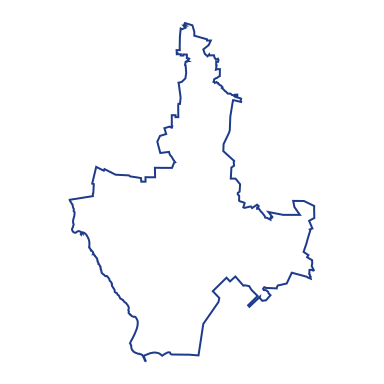 the district of Pitiquito, Sonora, Mexico
{"feature_id": "50627088B68364674252683", "entity_name": "Pitiquito", "entity_type": "district", "adm_level": 2, "iso_a3": "MEX", "parent_name": "Mexico", "parent_adm1": "Sonora", "projection": "robinson", "projection_center": [-112.292, 30.097], "detail": "fine", "context": "isolated", "style": "outline", "palette": "blue", "viewbox_px": 384, "rotation_deg": 0, "n_neighbors": 0, "source": "geoboundaries", "source_scale": "gbopen_adm2", "svg_char_len": 5902}
<svg xmlns="http://www.w3.org/2000/svg" viewBox="0 0 384 384"><path d="M69.7,199.8L69.8,200.4L70.4,201.5L71.4,202.8L71.7,203.8L72.3,204.2L72.6,204.9L72.8,206.5L73.0,206.8L73.1,207.6L73.8,209.0L73.7,211.3L74.5,212.0L74.6,212.3L74.4,215.6L73.3,219.5L73.0,221.2L73.2,222.2L73.1,222.8L73.7,224.3L72.9,227.1L72.1,228.8L72.1,230.2L73.0,231.6L73.6,232.3L74.6,232.6L75.4,232.8L75.9,232.6L77.3,231.5L78.1,231.2L79.2,231.2L80.9,231.9L81.3,232.1L81.3,232.4L81.5,232.1L81.4,232.4L81.6,232.4L81.9,232.8L80.8,234.2L80.9,234.3L80.9,234.2L81.9,232.8L82.2,233.1L82.1,232.7L82.5,232.9L82.4,232.5L82.6,232.4L83.4,232.5L84.6,233.1L85.9,234.3L86.6,235.2L88.3,238.2L89.2,241.0L89.3,241.8L89.4,244.2L89.3,246.3L89.1,247.1L89.5,247.4L89.4,247.7L89.7,248.4L90.6,249.3L90.8,250.3L91.3,250.3L91.4,250.9L92.2,251.2L93.1,252.3L93.1,253.5L93.3,253.7L93.2,253.9L93.5,253.8L93.8,254.1L94.1,255.0L94.7,255.4L94.9,255.9L95.1,255.9L95.7,257.0L96.0,257.1L97.2,258.8L97.2,259.8L97.6,260.4L97.5,261.5L98.3,262.3L98.3,263.9L99.0,264.2L99.0,264.5L99.6,265.1L99.8,265.7L100.0,266.0L100.1,266.6L100.5,266.7L100.6,267.1L100.6,268.8L100.8,268.9L100.9,269.9L101.2,270.2L101.3,270.4L101.3,271.0L101.7,272.9L102.9,273.9L103.1,274.3L103.7,274.5L105.3,276.1L105.7,276.2L106.8,276.0L107.5,276.6L107.7,277.1L108.2,277.5L108.7,278.3L109.2,278.8L109.5,280.2L109.8,280.8L110.2,281.3L110.5,281.4L110.8,281.9L111.2,282.2L111.5,282.6L111.6,283.4L111.9,283.8L111.8,284.1L112.0,284.2L112.0,285.9L112.2,286.3L112.7,286.8L113.1,287.8L113.6,288.2L114.3,289.4L114.6,289.9L114.7,291.6L114.9,292.1L115.4,292.5L116.9,293.1L117.5,294.6L118.7,295.4L119.0,295.8L120.1,298.2L120.4,298.6L121.9,299.3L122.8,300.1L123.0,300.1L124.6,302.2L125.7,302.7L127.5,304.9L128.4,306.5L128.8,307.6L128.5,309.8L128.3,310.3L128.9,311.3L128.6,312.8L128.7,313.2L129.7,314.1L130.1,314.3L130.4,315.0L131.0,315.1L131.6,316.0L133.5,316.8L134.5,316.7L135.0,316.8L135.7,317.3L136.2,318.0L137.3,320.1L137.7,321.4L137.7,324.2L137.3,326.8L136.5,329.5L134.4,334.6L132.6,338.2L130.7,341.6L130.4,342.6L130.0,343.4L130.8,344.5L130.8,345.1L131.3,345.9L131.2,346.9L131.6,348.8L132.1,350.0L132.6,350.3L132.8,350.8L133.8,351.8L135.1,352.6L138.3,353.8L139.4,353.8L139.7,354.1L140.7,354.2L141.2,354.4L141.4,354.6L142.2,354.9L142.6,355.3L144.0,358.4L144.3,358.7L144.9,360.7L145.2,360.9L145.5,361.0L145.6,360.5L145.3,360.2L145.0,359.2L144.7,359.1L144.5,358.5L144.3,357.3L143.4,356.4L144.4,355.5L150.2,353.2L154.1,352.5L157.1,352.8L159.1,353.4L160.7,354.5L162.2,355.7L164.7,354.0L167.0,352.8L168.2,352.3L169.2,352.3L170.0,352.5L170.6,354.0L171.6,354.5L189.4,354.7L198.5,355.4L203.3,323.9L218.5,302.0L219.3,298.0L212.8,291.2L226.5,277.7L230.0,281.4L235.4,276.5L243.4,285.7L244.9,285.3L249.1,286.1L251.5,289.9L257.6,296.0L248.1,305.3L249.4,306.8L259.9,296.8L259.7,298.0L262.3,300.8L266.0,300.3L270.5,295.2L269.1,293.7L268.7,293.6L268.1,291.8L266.0,290.2L263.7,290.0L263.1,288.8L264.0,287.4L264.8,287.2L265.6,287.9L276.7,288.4L276.7,287.9L277.6,285.7L277.8,285.5L286.7,283.5L291.8,272.7L306.3,276.6L307.4,277.1L307.7,277.5L310.8,278.7L310.4,277.1L310.2,277.0L310.6,276.6L310.0,275.8L310.0,275.2L309.8,275.1L309.5,274.3L309.2,274.1L309.1,273.7L309.4,272.9L309.4,270.8L309.8,270.2L309.7,269.9L311.5,269.8L312.6,270.4L313.5,270.5L313.8,270.3L311.7,265.9L312.2,263.7L312.1,260.2L307.1,257.2L308.4,255.1L303.6,251.9L306.5,243.3L307.8,238.5L310.4,230.0L309.9,229.4L312.4,228.5L309.1,220.8L314.3,218.0L314.1,208.4L314.2,206.0L303.9,201.0L293.2,200.9L294.4,207.0L299.9,214.9L283.3,214.9L268.4,212.0L272.4,217.0L272.1,217.5L270.8,217.1L270.6,217.6L271.1,218.0L270.9,218.6L270.2,219.0L270.3,219.6L266.8,217.8L265.2,217.6L264.6,215.9L261.9,212.4L261.2,211.9L258.8,208.7L257.1,208.8L257.1,207.6L258.6,206.6L258.6,205.9L257.0,204.7L252.1,208.1L251.2,206.6L250.3,206.5L244.5,207.9L243.3,207.3L244.7,203.1L243.8,202.5L239.4,201.1L239.0,200.1L239.2,199.0L239.1,195.6L237.8,194.5L237.8,192.9L239.6,191.7L240.1,184.3L235.9,179.0L235.3,178.6L230.8,178.6L231.4,167.5L234.1,165.7L233.7,162.3L234.2,161.0L223.3,151.1L223.6,144.1L229.1,132.6L229.8,130.0L230.3,116.6L232.6,102.5L232.9,101.5L232.9,101.1L233.0,100.2L234.4,100.3L241.1,102.0L241.2,101.7L240.5,101.1L241.1,98.6L237.3,97.4L237.3,94.6L235.4,94.7L235.8,95.6L236.1,97.1L234.9,96.7L233.4,95.4L233.4,95.2L231.8,94.9L230.7,93.8L230.3,93.6L228.0,93.7L227.5,93.1L227.0,92.9L226.1,91.7L225.1,91.2L223.5,89.4L221.8,88.0L222.5,87.2L221.0,85.5L219.6,85.0L218.6,83.7L218.0,83.5L218.0,82.9L216.8,82.5L216.5,82.1L216.2,82.3L216.2,82.5L215.6,82.5L214.9,82.9L214.4,81.9L213.9,82.1L213.5,81.9L213.8,81.4L214.1,79.4L215.9,78.2L216.8,78.0L219.2,76.3L219.8,76.1L219.9,69.1L218.0,69.1L215.9,69.7L216.6,65.5L216.2,65.5L216.2,61.8L218.1,61.8L218.5,60.2L217.9,58.7L216.0,59.6L214.5,57.6L214.0,55.3L209.4,55.4L209.2,54.4L207.5,56.3L204.8,53.8L203.3,49.4L208.7,45.1L210.8,40.5L207.0,40.5L207.0,39.3L194.3,35.7L194.3,31.7L192.4,25.3L185.5,23.2L185.0,23.0L184.3,24.3L186.1,25.7L183.6,25.7L185.6,27.7L182.0,29.2L180.7,28.5L179.9,36.7L179.7,47.9L179.8,50.1L176.6,50.1L176.8,54.0L177.0,53.9L177.0,53.4L177.5,53.3L177.5,54.2L180.9,54.3L180.8,55.5L183.3,55.5L183.4,54.4L186.9,54.6L186.8,58.2L187.3,58.5L187.5,58.5L187.4,58.4L187.6,58.1L189.2,58.7L188.2,60.3L187.8,60.7L187.8,60.9L188.2,61.1L186.6,61.2L186.6,61.8L185.6,61.9L185.0,65.1L185.6,65.4L186.2,72.8L185.4,78.4L181.6,82.0L178.5,82.7L178.7,83.2L180.6,97.5L180.0,103.9L178.4,103.8L178.2,105.8L178.3,117.1L175.5,117.1L175.5,115.2L171.8,115.2L171.8,126.6L172.2,126.6L171.9,127.6L171.4,127.5L171.2,127.6L169.7,126.6L164.4,128.2L166.2,134.0L160.0,135.9L157.3,141.7L160.3,153.0L169.0,151.9L169.4,153.4L170.0,154.9L170.5,155.7L171.4,156.4L173.5,160.0L175.2,162.3L174.1,162.7L172.0,167.9L154.9,167.8L155.1,177.3L145.5,177.2L145.5,181.7L141.3,181.7L141.0,178.1L137.0,177.4L130.1,176.4L129.1,175.4L115.6,174.7L104.5,169.1L103.8,170.7L96.2,166.9L92.2,183.6L93.8,184.1L93.3,193.2L92.9,193.5L92.9,196.1L69.7,199.8Z" fill="none" stroke="#1e3a8a" stroke-width="2"/></svg>